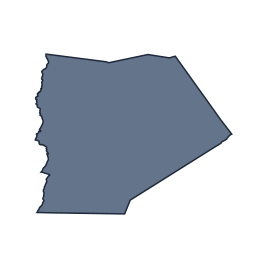 San Francisco de La Paz, Olancho, Honduras (Mercator projection), rotated 352°
{"feature_id": "27666195B84408666272476", "entity_name": "San Francisco de La Paz", "entity_type": "district", "adm_level": 2, "iso_a3": "HND", "parent_name": "Honduras", "parent_adm1": "Olancho", "projection": "mercator", "projection_center": [-86.243, 14.84], "detail": "fine", "context": "isolated", "style": "filled", "palette": "slate", "viewbox_px": 256, "rotation_deg": 352, "n_neighbors": 0, "source": "geoboundaries", "source_scale": "gbopen_adm2", "svg_char_len": 5047}
<svg xmlns="http://www.w3.org/2000/svg" viewBox="0 0 256 256"><g transform="rotate(352 128 128)"><path d="M120.2,199.7L214.4,157.5L215.0,157.4L215.3,157.3L215.6,157.1L215.8,157.0L216.0,156.8L216.6,156.6L217.3,156.4L217.8,156.1L218.2,155.7L218.5,155.2L218.8,154.9L220.8,154.1L222.9,153.3L224.0,152.8L225.4,151.3L227.1,149.8L228.5,149.0L229.2,148.7L229.9,148.5L220.8,132.5L216.6,124.4L184.8,63.5L178.6,64.3L157.9,58.0L118.0,60.7L115.6,59.4L57.1,43.4L56.8,45.5L56.8,46.0L56.9,46.4L57.0,46.8L57.4,47.5L57.5,47.7L57.5,48.1L57.6,48.3L58.0,49.2L58.3,50.1L58.3,50.4L58.4,51.3L58.5,51.9L58.5,52.1L58.4,52.2L58.3,52.4L58.0,52.8L57.7,53.0L56.9,53.6L56.7,53.7L56.6,53.9L56.4,54.2L56.2,54.9L55.9,56.1L55.6,56.9L55.4,57.2L55.3,57.3L54.9,57.5L53.7,58.1L53.2,58.2L52.9,58.3L52.6,58.3L51.4,59.3L51.2,59.4L50.8,59.6L50.7,59.7L50.6,59.8L50.5,60.1L50.5,60.7L50.6,60.9L51.0,62.3L51.0,63.8L50.9,64.1L50.4,64.6L50.2,64.9L50.2,65.0L50.3,65.5L50.2,65.6L49.4,66.5L49.4,67.2L49.4,67.6L49.5,67.9L49.7,68.1L50.2,68.4L50.2,68.5L50.1,68.8L49.9,69.2L49.9,69.3L50.0,69.4L50.0,69.5L49.8,70.0L49.4,70.2L49.2,70.3L49.1,70.5L49.0,70.9L48.9,71.2L49.0,72.2L49.0,73.1L48.9,73.3L48.8,73.5L48.7,73.6L48.7,73.8L48.7,74.2L48.7,74.5L48.2,75.0L48.1,75.7L48.2,76.4L48.1,76.7L48.0,76.8L47.9,76.9L47.5,76.9L47.2,76.9L47.1,77.0L47.1,77.3L47.3,78.2L47.3,78.3L47.1,78.6L46.9,78.8L46.3,79.1L46.0,79.4L45.7,80.1L45.6,80.3L45.4,80.3L45.1,80.1L44.9,80.1L44.7,80.1L44.6,80.3L44.3,80.9L44.3,81.0L43.4,81.1L43.2,81.2L43.2,81.3L43.1,81.5L43.3,81.9L43.3,82.1L43.2,82.3L43.0,82.6L42.9,82.7L43.0,82.9L43.1,83.2L43.3,83.6L43.3,83.9L43.2,84.0L42.7,84.2L41.7,84.4L41.5,84.5L41.4,84.5L41.1,84.8L40.8,85.2L40.7,85.5L40.6,85.8L40.6,86.0L40.6,86.4L40.7,86.5L40.9,86.7L41.1,86.9L41.2,87.0L41.5,87.1L41.7,87.3L41.6,87.5L41.3,87.9L41.3,88.0L41.2,88.3L41.2,88.5L41.2,88.9L41.4,89.4L41.4,89.7L41.4,90.0L41.3,90.3L41.1,90.5L40.6,90.9L40.3,91.1L40.3,91.4L40.4,91.7L40.5,91.9L40.8,92.1L41.2,92.1L41.3,92.3L41.3,92.7L41.1,94.2L41.2,94.5L41.3,94.7L41.5,95.0L41.9,95.3L43.2,96.0L43.3,96.1L43.5,96.5L43.7,97.1L43.6,97.4L43.3,98.1L43.2,98.3L43.2,98.7L43.2,99.3L43.1,99.9L43.0,100.2L42.9,100.3L42.7,100.5L42.6,100.8L42.7,101.0L43.2,101.6L43.3,101.7L43.3,101.8L43.2,102.0L43.0,102.3L42.8,102.7L42.7,103.1L42.7,103.4L42.8,103.5L43.2,103.7L43.9,104.0L44.1,104.2L44.2,104.4L44.2,104.8L44.3,106.2L44.3,106.5L44.5,107.4L44.7,108.1L44.9,108.6L44.9,108.9L44.9,109.3L44.8,110.1L44.4,111.1L43.8,112.3L43.5,112.7L41.6,115.5L41.3,115.9L40.1,117.1L40.2,117.4L40.3,117.7L40.5,117.9L40.9,118.2L41.1,118.4L41.2,118.5L40.8,119.1L40.7,119.2L40.5,119.3L40.3,119.2L40.1,119.1L39.9,119.0L39.8,118.9L39.6,118.9L39.5,119.0L39.4,118.9L39.1,119.0L38.9,119.4L38.9,119.7L38.9,119.8L38.5,120.3L37.9,121.0L37.7,121.1L37.4,121.1L37.1,121.1L36.7,121.1L36.4,121.3L36.4,121.5L36.5,121.8L37.0,122.2L37.0,122.3L36.5,123.4L36.1,124.5L35.8,124.9L35.5,125.3L34.9,126.0L34.6,126.7L34.6,126.9L34.6,127.1L36.0,127.4L36.3,127.6L36.8,127.9L37.0,128.1L37.4,128.4L37.7,128.6L37.9,128.7L38.1,129.1L38.1,129.4L38.1,129.6L37.8,130.1L37.9,130.9L38.0,131.3L38.1,131.6L38.2,131.8L38.5,132.0L38.9,132.3L39.1,132.4L39.4,132.5L40.0,132.3L40.3,132.3L40.5,132.6L40.9,132.9L41.4,133.0L41.7,133.0L41.9,133.0L42.0,133.0L42.2,133.5L42.5,133.7L42.8,133.7L42.9,133.8L43.0,134.0L43.2,134.3L43.3,134.4L43.4,134.5L44.1,134.9L44.5,135.2L44.6,135.4L44.7,135.7L44.8,136.0L44.7,136.2L44.6,136.4L44.3,136.7L44.2,136.9L44.1,137.0L44.5,137.5L44.6,137.8L44.7,138.1L44.6,138.3L44.3,138.6L44.1,138.9L44.0,139.1L44.0,139.3L44.1,139.6L44.3,139.9L44.4,140.0L44.6,140.5L44.7,140.9L44.8,141.3L45.0,141.5L45.3,141.7L45.4,141.8L45.5,142.0L45.5,142.4L45.4,142.5L45.1,142.8L44.8,142.9L44.6,142.9L44.1,142.7L44.2,143.2L44.4,143.9L44.6,144.9L44.8,146.1L44.9,146.9L44.8,147.4L44.7,147.9L44.6,148.3L44.5,148.7L43.9,149.4L43.3,150.2L42.8,151.2L42.3,152.2L41.6,153.1L41.1,154.0L40.2,154.8L39.1,155.5L38.4,156.2L38.2,156.4L38.1,156.6L37.4,157.9L37.0,158.5L36.6,159.0L36.2,159.4L36.1,159.5L36.0,159.4L35.9,159.5L36.0,159.5L36.3,159.6L36.8,159.8L37.9,160.3L38.4,160.5L38.8,160.9L39.2,161.1L40.2,161.5L41.4,162.1L42.2,162.4L42.6,162.6L43.0,162.8L43.4,162.9L43.7,163.2L43.9,163.4L43.9,163.5L43.9,163.8L43.7,163.9L43.5,164.1L43.0,164.2L42.2,164.9L41.8,165.3L41.1,166.1L40.4,166.8L40.1,167.2L39.9,167.5L40.0,168.8L40.1,169.7L40.1,169.9L40.1,170.1L39.8,170.5L39.5,170.7L39.5,170.8L39.3,171.0L39.1,171.2L38.8,171.9L38.4,172.3L38.3,172.5L38.1,173.3L38.0,173.5L38.0,173.8L37.4,174.2L37.2,174.3L37.1,174.5L36.9,175.1L36.8,175.8L36.7,176.0L36.3,176.6L36.1,176.9L35.8,177.3L35.6,177.7L35.5,178.2L35.4,178.5L35.4,178.8L35.5,179.4L35.8,180.3L35.8,180.7L35.8,181.0L35.6,181.5L35.2,182.8L35.0,183.6L34.8,184.2L34.6,184.6L34.0,185.8L33.9,186.0L33.9,186.4L34.0,186.8L34.3,187.4L34.6,188.0L34.6,188.3L34.5,188.5L33.8,189.5L33.3,189.9L33.2,190.1L33.0,190.7L32.3,192.1L31.6,192.7L30.9,193.4L30.1,194.0L29.6,194.2L29.5,194.4L29.3,194.6L29.0,195.2L28.6,195.8L28.0,196.6L27.4,197.1L27.2,197.4L27.1,197.6L26.9,198.0L26.7,198.3L26.4,198.7L26.1,199.0L39.5,201.2L112.7,212.6L120.2,199.7Z" fill="#64748b" stroke="#1e293b" stroke-width="1.5"/></g></svg>